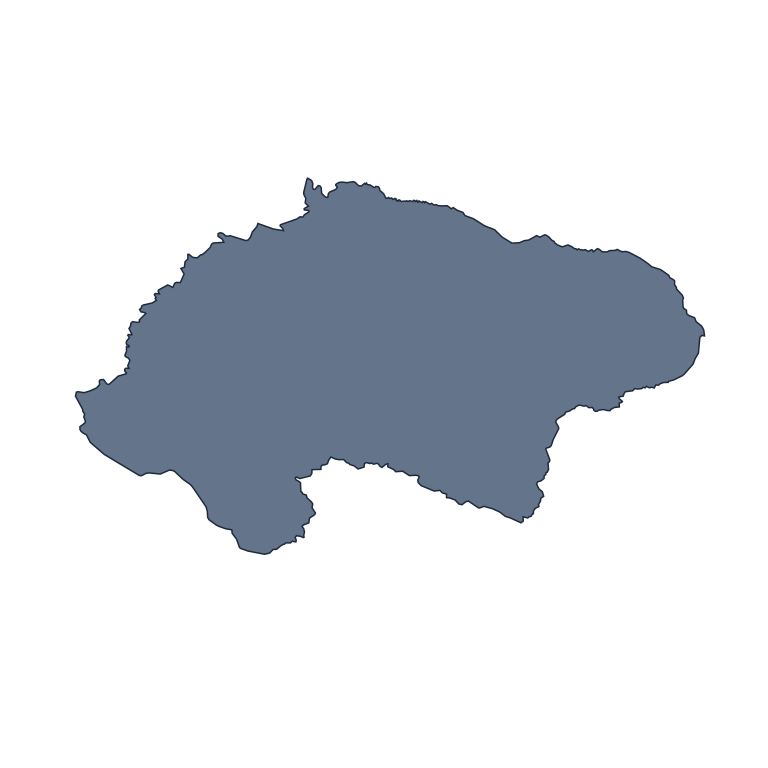 Na Haeo, Loei, Thailand (Equal Earth projection), rotated 288°
{"feature_id": "78962969B63665191802101", "entity_name": "Na Haeo", "entity_type": "district", "adm_level": 2, "iso_a3": "THA", "parent_name": "Thailand", "parent_adm1": "Loei", "projection": "equal_earth", "projection_center": [100.996, 17.436], "detail": "fine", "context": "isolated", "style": "filled", "palette": "slate", "viewbox_px": 768, "rotation_deg": 288, "n_neighbors": 0, "source": "geoboundaries", "source_scale": "gbopen_adm2", "svg_char_len": 6168}
<svg xmlns="http://www.w3.org/2000/svg" viewBox="0 0 768 768"><g transform="rotate(288 384 384)"><path d="M185.2,323.2L188.0,327.6L192.3,329.6L193.6,332.9L197.7,335.5L200.4,337.7L200.8,338.7L202.6,339.8L203.9,344.1L206.1,345.3L206.6,349.0L208.3,348.8L210.6,346.9L212.7,347.7L213.3,351.9L213.0,354.8L213.5,355.3L215.4,354.4L218.6,354.1L221.5,352.4L223.2,350.1L225.1,350.9L228.6,355.4L233.4,354.6L238.4,358.5L240.1,358.7L244.0,353.9L248.0,353.2L249.4,351.5L251.9,346.0L254.4,344.4L254.3,340.7L255.4,339.9L256.2,338.1L264.0,335.2L264.9,333.9L265.7,329.8L267.6,328.6L268.5,329.7L268.0,333.1L273.8,342.3L276.7,343.0L280.3,342.0L283.3,350.4L285.8,349.6L287.8,350.2L288.8,352.7L290.6,354.8L294.3,354.9L298.1,356.0L297.6,360.9L298.2,364.9L299.7,368.9L297.6,372.9L297.8,375.0L296.9,376.3L296.9,381.0L295.2,385.6L298.8,390.7L302.4,390.0L303.8,391.5L304.0,395.2L305.2,396.9L304.6,397.8L304.6,399.1L306.1,401.2L306.3,403.1L304.4,405.8L304.0,407.8L308.1,410.5L309.4,412.4L306.5,413.1L305.6,419.7L304.2,422.2L306.8,428.7L304.7,436.4L307.2,442.8L307.2,445.3L306.4,446.3L303.1,445.8L300.9,446.9L298.8,450.7L297.7,464.8L300.1,470.0L298.5,473.2L298.6,477.5L295.2,478.6L295.9,481.6L295.7,487.4L293.0,492.2L293.3,495.5L297.5,498.3L298.7,500.7L295.4,512.1L295.6,513.3L298.5,516.8L298.9,525.7L298.0,533.7L295.6,540.4L295.7,545.2L294.3,557.2L296.6,558.8L300.7,557.3L301.0,562.1L302.6,563.1L303.6,564.7L306.3,565.4L306.7,566.1L309.5,565.4L312.5,566.3L315.3,569.2L317.2,568.2L320.7,569.0L323.8,568.4L326.5,570.6L330.6,567.8L332.0,564.0L335.9,560.0L338.5,560.4L340.4,563.3L343.7,565.4L346.2,564.7L347.8,565.8L349.4,565.4L350.6,566.5L353.6,566.9L359.5,564.4L361.6,565.4L363.0,565.2L372.2,557.9L373.1,558.1L375.4,561.3L377.2,562.1L383.5,562.1L395.6,564.0L397.3,563.0L400.9,558.9L403.9,559.4L410.9,565.1L413.5,565.6L415.8,569.0L418.8,571.2L419.4,572.8L421.6,573.4L424.3,576.1L424.8,581.2L425.9,582.7L424.8,586.2L426.0,589.2L425.2,590.8L423.8,591.8L423.3,593.4L424.1,595.3L425.4,596.2L427.6,600.8L427.7,604.1L428.5,607.2L430.0,607.6L432.9,610.4L434.9,614.9L438.5,613.6L440.1,615.9L441.1,616.1L442.7,612.4L444.2,611.3L446.5,615.4L448.8,615.2L451.2,615.9L454.4,622.6L457.1,623.8L457.6,626.8L459.1,630.3L461.0,631.6L461.0,633.5L463.0,634.6L462.4,636.8L462.6,638.1L463.7,639.6L463.7,642.2L467.0,642.8L467.8,645.6L469.4,646.4L471.8,649.4L473.4,653.8L474.5,653.9L477.4,658.3L483.9,665.0L486.1,666.5L498.4,671.8L504.4,672.1L510.4,673.5L526.0,670.0L528.4,671.2L528.8,674.0L534.3,671.3L537.3,668.1L539.7,661.6L543.0,658.9L543.4,652.5L544.4,650.2L547.7,648.8L548.5,645.9L549.7,644.6L556.3,642.1L558.3,642.2L560.6,640.3L564.7,632.9L566.3,632.2L568.1,629.7L571.9,628.5L572.7,626.9L573.4,623.0L575.4,621.2L578.3,611.6L578.2,602.4L580.1,597.8L582.8,588.8L584.9,576.5L584.8,573.0L583.6,570.3L583.4,568.0L584.1,564.3L582.4,562.3L580.5,557.1L578.9,555.8L577.9,553.5L577.2,550.5L578.6,547.2L578.7,545.1L574.4,542.2L575.8,540.9L575.9,540.0L573.3,537.3L574.0,533.8L572.9,532.5L572.9,530.8L572.3,529.9L572.7,527.4L571.3,526.1L571.9,524.9L571.6,523.1L572.7,520.0L573.1,516.0L569.5,511.1L569.9,505.9L571.2,502.6L572.3,501.5L572.4,499.6L574.8,495.3L575.7,492.2L575.5,490.7L571.8,486.9L572.3,483.3L565.7,477.2L563.6,473.0L560.3,469.3L557.5,462.2L560.2,451.0L564.9,441.5L565.5,430.8L568.8,418.1L569.2,408.9L571.6,406.1L571.8,400.1L573.2,395.3L571.4,393.9L573.1,389.1L571.1,383.6L570.3,379.9L570.7,378.5L569.6,375.9L570.6,373.5L569.2,372.1L570.2,367.1L568.9,366.5L569.7,365.6L569.7,364.7L568.3,364.3L568.9,360.7L567.9,360.8L567.4,359.9L568.7,358.5L567.2,357.5L568.0,356.6L567.8,355.4L566.5,355.1L566.2,351.6L564.9,350.5L565.3,349.0L564.5,348.3L564.3,346.9L562.9,344.1L563.8,342.0L563.3,340.7L562.4,341.2L562.3,339.0L563.8,338.2L563.4,337.5L563.9,337.0L562.2,335.4L563.3,333.8L562.2,332.2L562.8,330.6L561.8,330.0L561.2,328.6L564.9,324.8L566.8,320.3L568.6,319.3L569.8,317.7L569.4,315.2L568.1,314.6L567.8,313.7L569.0,309.3L568.5,306.3L569.7,305.3L568.4,304.5L568.9,303.6L565.5,301.4L564.8,299.8L565.0,297.8L566.8,294.7L567.0,292.3L564.0,286.4L563.0,281.4L561.4,278.4L558.9,276.5L557.9,276.8L557.0,278.7L555.3,278.5L553.8,277.6L549.8,273.0L547.8,272.3L544.1,272.8L543.6,270.9L545.9,265.9L551.4,263.5L552.5,262.1L552.4,260.1L548.2,258.4L547.4,257.4L547.5,256.6L548.6,255.4L552.7,254.3L555.1,252.4L556.2,247.9L555.1,247.4L541.5,248.4L539.5,249.2L536.3,252.3L531.8,253.1L529.8,257.2L526.2,253.9L524.9,254.4L525.7,258.3L525.5,259.1L524.4,259.3L520.5,256.1L517.7,255.2L517.0,252.4L514.1,250.2L503.5,236.3L502.3,236.3L500.6,239.6L498.8,241.0L497.2,230.7L497.7,214.4L494.5,214.5L487.9,211.8L482.2,211.6L478.9,210.2L477.7,208.3L477.5,191.8L476.5,190.2L475.9,187.8L477.4,184.2L477.4,182.1L476.8,180.8L475.7,179.8L473.2,180.5L471.8,185.3L469.3,187.9L465.2,177.8L463.8,176.9L459.9,176.4L453.9,173.2L450.8,171.0L450.1,169.7L446.3,167.4L445.3,162.9L447.1,158.5L446.7,157.4L442.3,158.9L438.8,157.0L433.4,158.1L431.1,155.1L426.9,159.9L417.6,159.0L416.5,155.3L415.2,153.8L410.6,153.3L411.4,147.7L403.7,140.5L402.4,140.5L400.4,142.6L399.3,138.4L398.0,138.0L395.8,140.5L394.7,139.9L393.2,141.7L389.5,138.6L384.7,130.6L383.5,129.6L381.1,129.6L379.3,128.5L377.5,130.6L378.0,134.0L377.5,135.7L369.3,131.5L367.8,132.3L366.5,130.9L365.5,125.5L363.5,124.5L360.6,125.0L358.0,124.3L353.1,129.0L352.4,128.2L352.2,125.8L351.3,125.2L349.3,127.5L345.3,126.0L343.4,126.1L341.6,127.5L341.8,129.6L341.1,130.1L340.3,129.8L339.8,127.6L335.5,129.0L331.3,128.7L330.3,129.4L329.6,132.9L328.0,135.0L322.0,134.7L320.2,136.7L319.3,133.7L317.8,132.8L315.8,133.8L315.0,135.6L314.2,135.8L309.3,128.7L299.1,122.9L298.4,121.9L298.4,120.4L301.6,115.9L300.4,112.9L298.9,112.3L295.6,113.7L291.5,111.9L286.4,106.3L283.1,101.5L282.1,95.4L281.2,94.0L277.1,94.3L267.0,105.0L265.0,106.0L262.8,108.6L259.9,108.7L256.2,111.6L254.4,111.5L249.4,108.0L246.8,108.9L245.4,110.4L244.4,112.9L243.7,116.8L237.8,122.6L230.6,139.6L221.4,179.5L221.7,181.5L225.6,185.4L226.8,187.9L229.2,199.0L235.7,206.4L236.4,209.2L236.2,211.8L231.2,222.4L228.6,230.8L226.8,233.9L212.3,252.6L208.8,255.1L202.5,257.6L200.8,259.6L198.0,268.2L197.6,271.1L197.4,278.1L198.3,284.3L195.0,285.8L191.0,291.6L183.9,297.1L183.3,298.2L183.1,306.2L185.2,323.2Z" fill="#64748b" stroke="#1e293b" stroke-width="1.5"/></g></svg>